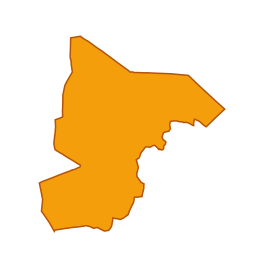 outline of Al-Hamza, Al-Qādisiyyah, Iraq, rotated 171°
{"feature_id": "34846034B52721484909076", "entity_name": "Al-Hamza", "entity_type": "district", "adm_level": 2, "iso_a3": "IRQ", "parent_name": "Iraq", "parent_adm1": "Al-Qādisiyyah", "projection": "equal_earth", "projection_center": [44.892, 31.592], "detail": "fine", "context": "isolated", "style": "filled", "palette": "amber", "viewbox_px": 256, "rotation_deg": 171, "n_neighbors": 0, "source": "geoboundaries", "source_scale": "gbopen_adm2", "svg_char_len": 2812}
<svg xmlns="http://www.w3.org/2000/svg" viewBox="0 0 256 256"><g transform="rotate(171 128 128)"><path d="M217.0,37.4L216.6,37.9L215.9,38.6L215.5,38.6L213.3,38.6L212.5,38.6L211.0,38.6L206.8,38.6L204.2,38.6L202.8,38.5L199.0,38.5L192.7,38.1L187.2,38.0L185.2,38.1L184.5,38.1L183.1,37.4L182.1,37.1L179.2,35.6L178.5,34.8L177.9,34.4L175.2,34.5L174.3,34.5L173.7,34.5L172.5,33.5L171.5,32.7L170.3,32.1L169.3,31.2L168.3,30.5L167.7,30.1L167.3,29.9L165.9,29.9L165.0,29.9L164.3,29.9L163.9,29.9L163.2,29.9L161.7,31.1L160.7,32.3L160.0,33.0L159.6,33.5L159.2,34.5L158.9,35.3L158.5,36.9L157.9,38.0L157.6,39.2L157.4,40.3L156.8,41.2L156.8,41.5L156.1,41.1L154.5,40.5L152.9,40.1L151.6,39.6L150.5,39.1L150.0,39.0L149.4,38.9L148.6,39.1L146.8,39.7L144.7,40.7L143.0,41.6L141.9,42.2L141.4,42.4L141.0,43.4L140.5,44.1L140.0,45.1L139.3,46.3L137.6,48.8L136.4,50.5L135.8,51.3L135.5,51.8L134.7,52.8L133.9,54.3L133.4,55.7L132.8,57.6L132.5,58.6L128.5,58.2L127.7,58.2L127.3,58.2L126.4,58.2L125.9,58.2L125.6,58.2L125.0,58.0L124.5,59.3L124.3,60.0L123.2,62.7L122.4,64.5L121.9,65.5L121.8,66.4L121.5,67.9L121.5,68.5L120.9,70.2L120.9,70.3L123.5,72.2L126.7,78.5L126.5,81.5L123.9,87.5L124.8,95.4L121.7,96.7L118.9,101.6L113.5,106.6L108.9,105.6L106.0,106.8L104.1,106.5L103.0,105.2L100.8,101.8L100.1,102.4L98.6,101.1L97.0,101.1L95.7,102.7L95.7,104.4L93.7,106.1L92.7,108.3L95.4,111.6L95.7,113.9L94.0,117.2L93.1,118.0L91.3,118.3L88.2,118.4L86.3,120.5L86.3,125.0L85.1,127.8L82.0,127.9L79.0,127.4L76.0,126.1L73.7,125.7L72.1,124.7L69.3,124.4L67.0,123.3L63.8,120.6L63.0,120.2L62.8,120.1L62.4,122.6L61.2,125.8L61.0,126.3L58.8,125.0L57.2,124.0L55.2,122.0L53.0,119.2L51.2,117.4L50.5,117.0L38.2,125.7L38.0,125.8L33.0,129.2L29.5,131.5L36.2,139.7L50.4,157.7L54.9,163.6L57.7,167.3L60.1,170.5L64.5,171.6L76.9,174.8L90.1,177.4L99.8,179.4L103.6,180.0L106.9,180.7L110.6,181.4L112.7,181.7L115.2,182.8L117.2,182.9L118.2,184.3L122.4,188.5L127.7,193.7L131.5,197.7L140.1,206.5L147.1,213.1L153.3,219.4L157.1,222.5L160.8,226.1L164.5,226.0L167.5,226.0L170.5,226.0L172.1,217.3L173.1,212.1L173.4,210.4L173.8,208.9L174.1,206.1L173.7,202.8L174.1,200.2L174.2,192.0L177.1,188.5L179.4,185.6L181.7,182.8L182.7,181.3L183.4,180.4L184.3,178.4L186.0,173.8L187.0,171.2L187.6,168.1L189.0,160.0L190.1,154.9L190.8,149.2L194.8,148.2L198.6,147.5L198.7,146.7L199.0,143.6L199.3,140.8L200.2,137.0L200.7,134.5L201.5,132.3L202.4,128.9L203.2,126.2L203.4,125.4L203.6,124.4L203.7,122.6L203.6,120.2L203.4,118.1L202.0,116.7L199.1,114.2L196.5,112.2L194.0,109.8L186.6,103.6L182.7,100.1L181.2,99.2L180.9,98.4L181.4,97.2L182.3,96.7L183.5,96.6L185.8,95.9L187.6,95.4L190.0,95.3L192.1,94.6L195.6,94.0L201.9,92.7L210.6,90.7L215.4,89.7L221.1,88.5L224.1,87.5L224.2,87.4L224.1,86.3L223.7,77.0L223.5,70.6L226.5,59.3L224.9,56.2L220.9,47.8L218.1,40.6L217.0,37.4Z" fill="#f59e0b" stroke="#b45309" stroke-width="1.5"/></g></svg>